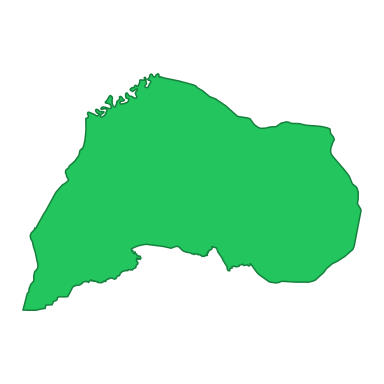 the district of Ban Lueam, Nakhon Ratchasima, Thailand
{"feature_id": "78962969B51286671896071", "entity_name": "Ban Lueam", "entity_type": "district", "adm_level": 2, "iso_a3": "THA", "parent_name": "Thailand", "parent_adm1": "Nakhon Ratchasima", "projection": "orthographic", "projection_center": [102.112, 15.575], "detail": "fine", "context": "isolated", "style": "filled", "palette": "green", "viewbox_px": 384, "rotation_deg": 0, "n_neighbors": 0, "source": "geoboundaries", "source_scale": "gbopen_adm2", "svg_char_len": 5902}
<svg xmlns="http://www.w3.org/2000/svg" viewBox="0 0 384 384"><path d="M160.4,76.8L159.8,77.2L159.2,76.9L158.9,74.8L158.5,74.0L158.0,73.7L156.0,75.1L155.2,76.7L154.8,77.0L153.4,76.7L152.1,74.5L151.7,74.2L151.1,74.1L150.1,74.7L149.3,77.6L147.9,79.0L147.8,79.5L148.4,80.2L150.4,80.6L150.7,81.0L150.8,81.8L148.7,85.5L148.1,87.1L147.3,87.6L145.3,87.3L144.8,86.5L145.0,85.3L146.1,84.4L146.5,83.3L145.9,80.9L146.2,79.4L145.4,77.5L144.7,77.4L144.2,77.9L144.7,79.5L144.4,80.2L140.6,79.9L140.0,80.0L139.7,80.5L139.9,82.0L137.9,86.3L137.1,86.4L136.0,85.4L135.3,85.3L134.7,85.8L134.1,87.4L132.0,87.7L130.6,88.7L130.2,89.4L130.2,89.9L130.7,90.4L132.7,91.5L136.3,89.0L136.7,88.9L137.2,89.2L137.4,89.5L137.5,90.1L135.8,91.9L135.3,93.1L135.5,94.1L136.7,96.3L136.6,97.6L135.9,98.1L134.5,98.1L131.9,96.5L129.7,96.0L128.9,95.4L127.1,93.1L126.3,93.0L125.8,93.5L125.6,94.2L125.7,96.7L126.0,97.8L126.3,98.2L127.7,98.5L128.6,99.2L128.8,99.7L128.6,100.5L127.5,102.3L126.8,102.6L125.4,103.0L123.8,103.7L122.5,103.7L121.2,104.2L120.2,103.7L119.9,102.8L120.4,101.8L121.3,101.3L123.9,100.8L124.3,100.5L124.4,100.1L122.8,98.6L121.7,97.1L120.8,96.5L120.0,96.5L119.5,96.9L119.6,98.8L119.4,99.4L116.9,101.5L116.5,103.7L115.6,106.1L115.1,107.0L114.4,107.0L113.1,105.8L112.0,102.7L112.4,101.7L111.9,100.6L112.4,99.1L112.3,97.1L110.9,95.8L110.2,95.6L109.5,96.0L107.2,100.0L105.5,101.9L105.3,102.5L105.8,103.1L107.9,103.3L110.2,104.7L111.2,106.6L111.3,107.8L110.7,108.4L108.9,108.5L105.5,107.3L103.4,107.0L102.1,107.2L101.3,107.8L100.9,108.7L101.3,109.5L104.1,108.8L105.4,108.8L106.5,109.1L107.0,110.1L106.9,110.7L106.0,112.4L105.5,114.3L104.3,115.6L102.0,117.1L101.3,117.1L100.6,116.8L100.4,116.2L100.5,115.6L101.6,114.2L103.8,112.7L104.0,112.0L103.4,111.6L101.2,111.7L100.1,111.6L99.3,111.1L98.0,109.8L97.3,109.5L96.4,109.3L95.8,109.7L95.6,110.5L96.1,111.9L97.3,113.2L99.1,113.7L99.3,114.2L98.8,114.9L97.3,115.9L96.3,115.7L94.3,114.4L89.3,112.3L88.3,112.2L87.8,112.5L87.6,114.1L88.4,115.8L88.4,116.6L88.1,117.2L87.2,118.0L85.8,118.5L86.0,130.0L85.0,139.8L83.8,145.4L82.4,148.9L81.8,148.7L79.9,150.6L79.1,154.6L78.5,156.0L75.9,159.6L74.4,161.5L69.3,166.0L68.6,167.8L65.9,170.0L65.5,171.4L65.6,173.2L66.5,175.3L66.7,176.6L68.3,179.4L68.3,180.5L65.8,182.8L62.1,185.2L55.9,192.3L45.6,211.1L43.7,214.0L35.9,228.0L35.5,228.4L34.7,228.2L34.7,229.3L31.4,232.8L30.7,234.1L30.3,235.3L30.5,237.8L31.0,239.3L32.4,241.6L33.5,246.9L35.2,252.0L37.8,264.4L37.9,266.6L37.5,268.4L36.1,270.3L34.7,271.6L33.8,275.5L33.8,280.8L30.6,284.6L30.1,286.3L29.2,288.1L28.7,291.9L28.4,292.4L27.3,293.4L23.0,310.0L28.9,310.3L36.2,310.2L40.6,309.1L45.2,308.4L45.5,306.6L46.0,305.1L52.0,304.8L52.3,304.5L52.5,303.4L53.0,302.8L53.3,301.7L54.5,300.9L55.7,300.8L57.0,299.8L57.6,297.3L60.3,296.7L63.3,296.9L67.7,296.7L68.3,295.1L68.8,294.8L72.4,287.7L73.5,286.4L76.7,285.3L79.6,285.0L80.7,284.5L81.8,283.4L82.3,283.4L82.6,282.5L83.5,281.9L86.1,281.4L86.6,281.5L86.9,281.9L88.1,281.6L88.6,282.3L90.6,280.1L91.1,279.8L91.8,280.3L92.0,281.0L92.6,280.7L93.1,281.0L93.8,280.8L94.1,281.4L95.1,281.1L95.9,281.5L97.4,281.8L97.6,282.4L101.4,282.8L104.0,281.5L104.2,280.8L105.6,281.5L106.0,280.9L106.0,280.2L107.3,279.5L107.5,278.9L108.7,279.0L109.5,278.6L109.9,278.1L112.1,278.1L114.4,279.2L116.2,278.4L116.6,277.4L117.5,276.0L118.2,275.7L118.8,275.8L119.5,275.6L120.3,273.4L122.5,271.4L123.1,271.4L125.0,270.6L126.1,270.8L126.8,270.3L127.3,270.6L128.0,270.5L128.5,269.5L129.6,269.6L130.4,270.0L131.5,269.8L132.3,270.0L133.0,269.4L133.3,268.7L135.8,267.7L135.8,266.2L136.3,265.8L136.6,264.8L137.9,263.9L137.8,262.2L136.9,261.8L136.7,260.6L136.4,260.2L136.7,258.5L137.0,258.1L137.7,258.4L137.7,259.2L138.1,259.4L138.4,259.2L138.8,258.5L139.6,259.1L140.2,259.3L140.9,258.0L140.0,256.1L139.0,256.2L138.0,255.7L137.5,255.8L137.2,255.6L136.6,254.1L135.5,253.4L135.1,252.0L134.8,252.1L134.7,253.0L134.4,253.6L133.7,253.5L133.8,252.6L133.0,251.7L132.9,251.0L132.1,251.3L132.2,250.4L131.4,249.6L131.4,248.9L134.3,247.4L138.4,245.8L142.1,244.9L146.2,244.3L163.0,246.4L171.1,248.2L176.0,246.4L178.1,246.5L179.0,247.0L182.2,250.2L184.1,251.4L186.2,252.1L190.4,252.9L191.2,253.2L192.1,254.0L193.1,253.8L194.2,254.5L194.9,253.9L195.4,254.1L197.3,253.8L198.0,254.8L199.5,254.6L200.5,255.2L201.3,255.3L201.5,256.0L201.9,256.2L202.8,256.4L203.4,256.2L203.8,256.4L204.4,256.4L205.0,255.7L205.4,255.7L205.9,255.3L206.3,255.6L207.4,255.3L207.2,254.0L206.9,253.6L207.8,253.3L208.0,252.6L208.3,252.3L208.0,251.6L209.3,250.9L209.5,250.1L210.1,250.1L210.3,249.8L211.2,249.6L212.2,248.1L211.8,246.9L212.5,246.7L213.0,247.0L213.7,246.9L214.1,247.4L215.8,247.6L216.7,248.4L217.9,252.0L220.8,256.1L222.1,258.2L223.2,260.6L226.9,266.5L227.4,269.5L227.6,270.0L228.3,270.7L229.5,270.8L229.8,270.6L229.8,269.0L230.4,268.7L231.0,268.0L232.0,268.1L232.0,266.7L232.3,266.3L233.8,266.6L234.7,266.1L235.8,266.8L237.1,266.8L239.2,266.1L239.5,265.2L242.7,264.2L243.1,264.4L243.3,265.4L245.8,265.3L246.8,264.9L247.7,265.1L248.4,265.9L249.0,265.9L250.0,265.3L250.0,264.0L250.6,263.8L256.8,272.3L259.0,274.6L269.3,281.9L274.2,282.7L276.2,282.9L278.8,282.5L281.0,281.5L282.1,281.3L295.8,282.1L308.9,282.1L312.7,281.2L315.2,280.2L323.6,272.6L326.4,268.7L332.2,263.8L336.9,261.5L344.6,256.6L352.8,249.5L354.2,246.0L361.0,210.8L360.8,209.2L358.1,204.8L357.4,203.3L358.1,199.7L358.3,193.9L358.2,191.9L357.1,188.4L356.0,186.7L352.8,184.2L351.9,182.8L349.5,176.7L348.0,174.5L343.8,169.2L333.3,157.0L331.2,154.1L330.6,151.5L330.9,148.0L332.7,142.7L334.3,139.5L333.4,137.0L330.8,133.6L330.5,132.9L330.1,129.6L329.8,128.8L326.8,127.7L320.8,126.4L305.9,125.2L299.0,123.6L291.4,123.4L288.7,122.2L286.4,121.9L281.2,123.1L276.0,126.7L269.9,127.0L265.9,128.1L260.7,128.4L257.8,127.2L254.4,124.7L252.9,122.8L250.1,118.8L247.9,118.0L238.9,116.6L237.5,116.3L225.6,105.7L216.8,99.8L216.0,99.1L209.6,96.6L202.8,90.9L197.8,88.0L195.4,85.7L193.1,84.8L179.0,81.0L164.1,78.0L160.4,76.8Z" fill="#22c55e" stroke="#15803d" stroke-width="1.5"/></svg>